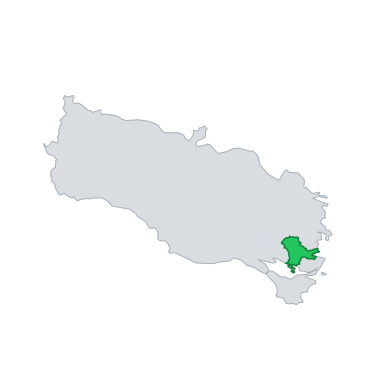 where Balikesir sits in Turkey, rotated 203°
{"feature_id": "TUR-2238", "entity_name": "Balikesir", "entity_type": "Province", "adm_level": 1, "iso_a3": "TUR", "parent_name": "Turkey", "parent_adm1": "", "projection": "mercator", "projection_center": [27.651, 39.857], "detail": "fine", "context": "in_parent", "style": "filled", "palette": "green", "viewbox_px": 384, "rotation_deg": 203, "n_neighbors": 0, "source": "natural_earth", "source_scale": "10m", "svg_char_len": 6563}
<svg xmlns="http://www.w3.org/2000/svg" viewBox="0 0 384 384"><g transform="rotate(203 192 192)"><path d="M293.9,139.0L299.0,140.8L300.7,139.5L305.3,139.7L309.5,140.7L311.8,137.7L314.7,138.0L315.3,139.5L316.6,140.1L321.0,144.0L320.5,144.5L321.5,145.9L325.2,146.8L325.6,148.8L328.4,151.7L329.9,156.2L329.0,159.3L327.4,161.3L329.7,168.0L329.0,168.9L333.5,171.1L339.1,170.7L340.9,171.7L346.4,177.0L347.7,179.0L344.0,176.5L341.8,178.6L340.8,183.8L334.8,184.7L335.7,188.1L337.3,189.6L336.8,192.8L337.2,194.0L338.8,196.1L338.6,198.9L339.3,201.9L339.3,205.5L341.7,206.5L340.6,208.2L337.9,215.3L338.1,215.9L339.9,216.1L344.0,219.4L343.3,220.5L343.8,225.1L347.3,228.0L346.8,229.5L346.9,231.0L344.3,230.4L339.0,234.4L338.4,234.3L337.7,232.9L337.5,228.9L336.3,227.8L334.6,227.5L331.8,229.4L329.2,229.3L326.6,229.0L319.7,226.4L317.1,227.3L314.5,226.4L309.3,231.3L307.7,231.7L307.0,229.3L305.2,227.9L302.9,229.7L294.0,232.1L289.9,232.5L285.0,231.7L280.8,232.0L269.6,237.5L258.9,240.4L249.3,240.2L244.1,236.8L240.0,236.0L227.7,241.2L221.7,241.0L219.6,238.9L215.0,238.0L214.0,240.0L213.1,245.0L214.7,249.5L212.1,249.7L210.4,250.7L210.0,254.1L207.6,255.4L206.8,257.5L206.4,257.6L202.6,255.9L203.6,254.2L201.2,247.9L202.4,246.0L207.4,240.9L207.2,237.9L205.1,235.8L198.8,239.6L198.2,241.0L196.8,242.1L194.4,242.6L183.2,237.7L176.7,242.0L171.0,248.2L166.8,250.5L154.4,252.3L152.2,253.5L147.9,252.2L145.4,250.5L139.6,243.4L128.7,238.0L117.2,236.7L116.2,238.1L115.8,243.6L114.0,248.7L113.0,249.3L110.5,248.0L101.7,251.0L94.1,247.6L92.8,246.2L91.1,240.2L90.0,239.7L88.8,240.6L87.5,240.5L82.1,237.9L79.1,237.8L77.4,240.3L74.5,241.4L74.4,240.6L75.6,239.0L71.0,239.3L68.6,240.6L65.3,239.8L65.5,239.1L68.2,238.3L74.3,237.4L78.1,233.4L63.6,233.5L62.2,234.4L62.0,232.3L62.8,231.4L66.6,230.6L66.4,228.9L64.0,227.0L61.5,226.0L60.3,221.6L59.0,220.5L59.2,219.9L61.6,219.1L62.1,215.9L61.7,213.9L57.0,212.1L56.0,212.3L54.8,210.6L52.8,209.3L51.1,210.4L46.4,207.7L47.3,205.8L48.4,205.8L48.7,204.3L47.7,201.8L47.8,200.5L48.8,200.2L50.0,200.4L51.2,201.9L51.3,204.8L52.6,206.5L53.5,204.8L55.7,205.7L59.5,204.8L60.3,204.1L57.4,204.2L56.4,203.5L54.1,198.7L56.5,197.3L58.2,195.0L54.9,193.5L55.5,190.2L52.8,186.5L56.5,181.8L56.3,181.1L55.1,180.8L43.5,182.8L43.3,180.7L44.2,178.9L44.1,174.3L44.6,171.8L46.8,171.1L49.4,167.4L53.7,163.1L58.1,163.1L59.9,161.9L62.6,161.9L63.3,163.6L65.7,164.8L69.8,164.6L71.7,163.5L69.8,161.3L72.2,160.7L74.0,161.2L73.0,163.5L73.6,163.7L78.9,163.0L84.4,163.6L90.6,163.3L91.4,162.5L87.0,160.2L89.8,158.1L91.3,157.7L104.2,155.8L104.3,155.4L96.4,154.3L92.3,151.5L91.2,150.0L92.0,146.4L92.9,145.4L95.7,145.3L105.4,146.9L112.3,145.9L119.9,148.4L127.1,147.9L128.6,146.8L130.4,143.3L140.7,137.4L144.2,134.4L160.1,128.4L184.0,129.4L188.2,127.1L190.6,127.9L189.9,129.4L190.0,130.9L192.9,134.4L197.1,136.5L203.0,134.7L205.2,135.4L207.2,141.0L210.9,144.3L212.6,144.5L214.8,142.6L217.0,142.3L220.4,144.2L221.7,146.2L233.0,148.5L235.4,150.2L243.0,151.8L260.0,147.9L266.2,150.6L271.5,151.4L273.7,151.0L280.6,147.9L282.7,146.1L287.0,144.6L292.4,141.0L293.9,139.0ZM74.4,129.2L74.0,131.6L75.0,134.4L77.4,138.2L79.8,140.1L91.4,145.2L89.7,150.0L86.9,150.7L77.0,148.5L73.0,150.4L70.1,149.9L66.1,150.8L64.9,153.6L62.1,156.9L54.2,161.0L47.0,169.0L45.0,170.0L45.9,167.3L45.8,164.9L48.9,162.1L53.4,160.0L54.5,158.2L43.4,158.5L42.3,156.1L43.4,155.6L47.0,151.2L47.4,149.4L47.0,145.0L51.5,142.5L51.8,141.5L51.1,137.2L46.9,134.7L47.0,133.4L50.0,132.3L51.7,129.2L56.1,128.7L58.1,127.2L61.9,126.4L66.6,130.2L72.2,128.8L74.4,129.2ZM41.2,168.7L37.4,169.3L36.3,168.7L37.5,167.4L40.3,166.5L41.3,167.8L41.2,168.7Z" fill="#d9dde1" stroke="#a8b0b8" stroke-width="1"/><path d="M67.2,164.9L67.6,164.6L67.9,164.5L68.4,164.6L68.7,164.8L69.1,164.9L69.5,164.7L69.8,164.8L70.3,164.9L70.8,164.8L71.2,164.2L72.0,163.7L72.3,163.4L72.0,163.3L71.2,163.1L70.9,163.2L70.7,163.0L70.7,162.8L70.6,162.7L70.4,162.6L70.2,162.4L70.2,162.2L70.1,161.8L69.9,161.8L69.7,161.8L69.2,161.2L69.1,160.9L69.3,160.8L69.4,160.7L69.7,160.4L69.9,160.3L70.0,160.4L70.3,160.1L70.6,160.5L70.8,160.6L71.0,160.4L73.7,160.9L74.4,161.1L74.8,161.5L74.5,162.0L73.1,162.7L72.6,163.1L72.7,163.6L73.3,163.8L74.6,163.7L76.0,163.1L77.6,163.1L76.7,164.4L76.2,164.8L75.8,165.3L75.9,166.0L76.3,166.1L76.6,166.8L76.5,167.2L76.2,167.5L76.0,168.3L76.1,168.7L76.4,169.5L77.0,170.5L77.9,171.1L78.2,171.7L78.5,173.1L78.8,173.8L83.1,177.0L84.4,177.1L84.7,176.8L85.2,176.6L85.4,176.9L85.3,177.4L85.4,178.0L85.7,178.5L85.8,178.7L85.9,178.9L86.3,178.9L86.5,179.0L86.9,179.7L87.5,179.7L88.3,179.6L89.0,179.6L89.5,179.9L89.9,180.3L89.6,180.9L89.5,181.3L89.5,181.7L89.4,182.0L89.2,182.2L89.0,182.8L88.8,184.3L88.4,184.9L88.0,185.4L87.9,185.7L87.4,186.6L86.9,187.0L85.7,187.4L85.0,187.7L84.9,188.4L85.0,188.6L85.0,189.2L84.9,189.4L83.5,189.2L82.0,189.9L81.4,190.1L80.8,190.2L80.1,190.1L79.4,190.2L79.0,190.8L78.4,191.2L77.7,191.3L77.0,191.6L76.2,191.3L75.4,189.5L74.1,188.0L73.9,187.7L73.7,187.6L72.5,188.0L71.8,187.7L72.0,187.0L72.5,186.1L72.1,185.4L71.8,185.4L71.3,185.5L71.1,185.5L70.4,185.2L69.7,185.1L68.6,185.3L67.5,185.0L66.8,184.4L66.0,184.0L64.8,184.7L64.3,183.7L63.6,183.1L62.7,182.9L59.7,184.8L59.2,185.0L58.7,185.3L58.4,185.7L58.1,186.2L57.8,186.6L54.3,189.1L54.2,189.0L53.9,188.8L53.7,188.5L53.7,188.3L53.6,187.9L53.5,187.5L53.4,187.2L53.1,187.0L52.3,187.1L51.9,187.0L51.6,186.9L51.7,186.7L51.8,186.3L52.0,186.1L52.3,186.1L52.0,186.3L52.3,186.5L52.5,186.6L52.5,186.4L52.6,186.2L52.9,186.0L53.2,185.6L54.9,184.3L54.8,184.2L54.7,184.1L54.7,183.9L54.7,183.7L55.3,183.5L55.5,183.4L55.5,183.0L55.8,182.8L56.7,182.5L56.8,182.4L56.8,182.1L57.0,181.3L57.0,180.9L56.9,180.6L56.7,180.4L56.2,180.4L55.8,180.5L55.5,180.8L55.2,181.0L54.8,180.7L52.5,181.1L52.5,179.4L53.0,177.7L53.6,177.6L55.1,177.8L55.8,177.5L56.4,177.0L57.6,176.5L58.3,176.0L59.0,176.0L59.5,176.0L60.0,175.8L61.2,176.0L62.4,176.4L63.1,176.1L63.7,175.7L64.4,175.4L65.1,174.9L65.4,174.1L65.7,173.2L65.8,172.4L65.5,172.1L65.2,171.7L65.4,171.3L65.5,171.2L65.7,170.7L65.8,170.1L66.0,169.4L66.1,169.0L66.0,168.9L65.7,168.8L65.1,168.5L64.8,167.9L65.0,167.8L65.2,167.7L66.3,166.5L67.1,166.0L67.3,165.1L67.2,164.9ZM68.6,157.6L68.9,157.6L69.4,157.7L69.8,157.9L69.8,158.2L69.5,158.5L68.9,158.6L68.6,158.7L68.1,159.2L67.8,159.3L67.4,159.1L67.2,159.1L66.9,159.0L66.6,158.7L66.7,158.3L66.6,158.1L66.5,157.9L66.6,157.7L66.8,157.5L66.9,157.8L67.4,157.6L67.8,157.4L68.2,157.4L68.6,157.6ZM68.4,161.8L68.6,161.8L68.6,162.0L68.4,162.0L68.2,161.9L67.9,161.9L67.6,161.8L67.4,161.7L67.4,161.4L67.5,161.3L67.7,161.0L67.8,160.8L68.3,161.1L68.3,161.4L68.3,161.6L68.4,161.8Z" fill="#22c55e" stroke="#15803d" stroke-width="1.5"/></g></svg>